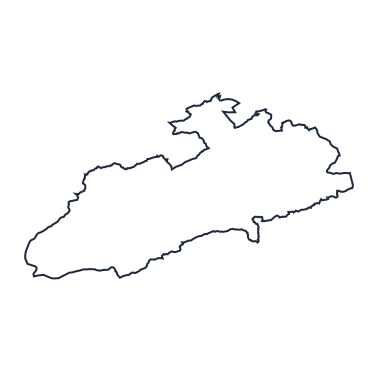 outline of Gicumbi, Northern, Rwanda, rotated 96°
{"feature_id": "39286606B99169436422336", "entity_name": "Gicumbi", "entity_type": "district", "adm_level": 2, "iso_a3": "RWA", "parent_name": "Rwanda", "parent_adm1": "Northern", "projection": "natural_earth1", "projection_center": [30.098, -1.619], "detail": "fine", "context": "isolated", "style": "outline", "palette": "slate", "viewbox_px": 384, "rotation_deg": 96, "n_neighbors": 0, "source": "geoboundaries", "source_scale": "gbopen_adm2", "svg_char_len": 6052}
<svg xmlns="http://www.w3.org/2000/svg" viewBox="0 0 384 384"><g transform="rotate(96 192 192)"><path d="M275.6,350.9L280.7,348.0L282.3,340.3L283.2,338.9L285.5,338.5L289.8,341.0L291.5,340.8L292.5,340.2L291.4,337.5L289.9,331.0L292.2,323.7L292.5,320.5L291.6,315.6L285.1,305.7L284.5,302.8L282.2,296.9L282.1,295.7L280.6,292.9L280.0,289.9L280.1,288.7L279.3,285.9L279.5,286.3L279.0,280.5L279.6,279.3L279.9,275.3L278.8,272.4L278.3,268.2L277.5,266.4L276.4,265.7L275.2,264.1L275.2,262.6L275.6,261.7L278.8,259.3L279.1,259.6L279.8,258.4L281.9,257.7L284.8,254.7L283.1,252.2L281.5,248.3L281.1,246.3L278.4,243.2L278.4,239.6L275.8,235.9L274.6,235.0L272.4,230.5L270.1,229.0L268.5,229.1L266.4,227.7L265.2,227.6L264.0,226.9L263.3,225.9L263.1,221.9L261.4,218.9L261.0,216.5L261.2,214.2L258.8,215.2L256.7,213.8L257.1,212.5L256.4,211.5L256.5,209.7L254.6,208.2L253.1,205.6L253.6,203.7L253.4,201.9L251.6,197.9L250.3,197.4L247.5,198.6L246.7,197.5L245.6,197.1L245.0,195.6L244.4,195.5L243.1,196.5L243.0,194.7L240.7,190.3L240.3,187.8L238.9,186.4L236.3,182.7L235.1,180.0L234.8,178.4L232.4,174.8L232.3,172.6L231.2,171.5L230.4,169.6L229.0,167.5L228.8,166.2L229.2,165.2L228.6,164.2L228.2,162.4L228.6,159.8L228.2,158.6L228.4,157.0L227.1,152.5L225.2,150.1L224.4,147.7L224.7,146.2L224.5,140.5L223.9,138.6L224.8,136.5L225.0,134.6L225.7,134.1L226.7,132.5L227.6,132.7L228.8,131.7L230.7,131.8L233.4,130.2L233.6,128.6L234.0,127.9L234.4,127.9L234.8,126.6L234.3,124.0L234.7,122.3L235.4,121.6L234.2,120.6L232.4,121.0L232.4,121.5L231.1,121.0L230.4,121.2L229.4,120.9L228.9,121.3L226.1,121.6L226.0,122.0L222.2,122.1L222.0,122.5L220.3,122.0L217.5,123.3L217.2,124.1L216.8,124.0L216.7,125.6L215.3,126.7L215.4,127.5L213.7,128.0L213.0,129.0L211.7,128.6L210.8,127.3L210.3,127.3L209.8,125.8L210.2,124.2L209.7,123.1L210.0,121.5L209.4,120.1L209.6,119.6L212.1,118.9L213.5,119.5L213.7,118.4L211.6,110.4L207.7,106.8L206.5,104.8L206.9,103.7L208.2,102.2L207.0,99.4L207.3,99.1L206.6,95.8L204.5,94.5L203.8,93.3L202.9,93.2L201.8,94.0L201.0,89.3L201.7,88.7L200.3,87.0L199.7,86.8L200.4,84.4L198.3,81.6L198.1,79.7L197.1,76.7L196.4,75.8L196.4,75.1L195.6,74.7L195.0,73.8L195.3,72.2L194.5,72.3L194.3,71.8L192.8,70.8L192.3,69.2L191.0,69.1L191.1,68.6L190.0,66.8L190.1,64.3L188.2,63.9L185.6,62.8L186.6,61.6L185.1,56.3L184.7,55.9L183.3,56.7L183.4,55.8L182.4,54.6L181.6,52.6L181.9,49.8L182.6,48.9L182.2,47.4L180.9,46.7L180.1,46.8L179.5,47.5L175.6,47.8L175.4,46.8L175.9,45.7L175.7,45.0L176.2,43.7L175.9,41.3L174.7,38.9L173.5,37.7L171.3,33.5L171.5,33.3L170.9,32.8L168.3,32.7L156.9,36.9L156.6,37.0L157.1,39.1L156.9,41.3L158.3,47.0L158.1,50.6L159.3,53.3L158.5,56.2L158.4,59.2L157.5,60.1L156.2,59.9L153.7,58.1L151.2,57.4L149.1,55.4L147.9,53.0L144.5,51.5L141.1,50.6L140.1,48.9L133.5,52.4L132.5,55.6L130.7,58.4L129.6,59.3L127.4,60.2L125.5,63.9L123.5,70.9L119.8,73.6L117.6,73.9L115.0,76.3L117.0,80.1L116.9,81.1L118.3,81.9L116.7,84.1L115.7,84.2L116.2,86.1L114.3,86.3L113.6,87.3L113.8,91.0L113.3,91.8L115.3,96.7L115.4,98.7L113.2,100.2L112.2,100.4L111.2,101.4L110.7,102.5L110.8,103.5L111.6,105.8L112.5,106.7L113.0,108.0L113.5,108.1L113.8,109.5L116.5,109.1L118.0,109.3L118.4,110.1L121.5,109.0L122.7,115.2L121.6,117.7L119.1,118.9L117.8,120.9L115.0,123.4L112.9,123.3L111.4,121.6L110.4,121.0L106.9,121.3L105.3,125.2L105.3,126.5L103.6,127.5L102.2,126.9L102.1,127.9L103.9,131.4L104.3,133.2L105.1,134.5L105.1,136.4L107.2,137.1L107.7,133.9L108.9,134.9L108.9,137.1L109.8,139.1L110.4,139.2L111.5,140.3L113.0,140.4L114.6,144.0L116.0,144.6L117.0,146.1L119.3,148.1L122.2,152.2L124.0,156.8L123.3,156.1L122.6,156.7L120.0,156.9L117.0,161.2L108.9,169.3L109.0,164.5L108.2,157.4L103.8,160.6L98.7,154.4L96.9,158.2L95.8,162.1L95.9,166.4L96.9,170.2L98.1,172.5L97.9,173.8L96.2,175.4L94.7,174.2L93.7,174.1L94.2,174.9L94.5,176.8L91.5,175.6L91.8,176.4L95.7,181.7L97.8,182.7L98.9,182.6L99.9,183.7L100.1,185.4L101.0,186.6L100.3,187.4L100.2,188.9L102.7,190.6L103.1,190.5L103.7,191.7L105.2,193.0L106.0,197.8L105.7,198.8L108.4,203.9L110.0,206.1L111.6,205.6L112.5,206.0L112.8,205.0L112.6,204.1L114.1,203.1L114.9,201.3L117.5,202.1L118.4,203.7L119.3,204.2L120.2,206.1L121.8,207.5L122.6,212.5L123.6,214.6L123.5,216.4L124.4,218.8L125.3,219.9L125.4,221.7L127.0,219.7L129.9,214.9L131.8,216.0L132.8,216.0L133.0,215.7L134.0,216.7L135.9,217.1L136.4,216.7L135.9,213.5L135.0,212.8L135.3,211.6L133.4,208.7L133.8,204.1L133.3,202.9L133.9,201.9L133.9,200.5L132.1,196.2L131.8,194.5L133.0,192.2L137.2,190.1L137.5,188.0L139.1,186.0L140.7,185.5L142.1,184.6L142.4,183.5L145.0,182.3L146.7,180.0L149.2,184.8L150.3,185.2L150.5,186.3L151.4,186.7L151.8,187.7L154.1,188.9L155.1,190.2L157.9,191.4L159.1,194.8L163.2,202.3L165.8,204.7L168.6,210.6L171.7,214.4L168.9,215.2L166.3,217.6L165.0,219.6L163.8,220.3L162.1,219.9L162.2,220.9L163.0,221.5L162.3,221.9L161.0,223.9L159.0,224.9L158.8,227.0L160.3,228.7L160.5,229.3L159.6,230.4L160.8,230.8L160.8,231.5L162.0,234.8L163.5,237.7L163.9,239.8L165.8,240.4L166.3,242.1L167.6,243.5L167.9,244.6L169.2,246.5L169.8,249.7L170.5,249.9L171.2,251.1L173.0,252.3L173.7,254.2L174.4,255.1L174.7,256.9L175.1,257.3L175.0,258.7L176.0,259.2L176.3,260.6L175.9,260.9L175.8,262.3L174.8,263.1L174.9,264.2L174.3,265.2L173.5,265.4L172.1,266.9L172.1,269.6L171.5,271.4L171.6,272.6L173.0,274.1L173.5,274.3L174.2,275.3L174.0,275.8L175.0,276.8L175.2,279.3L176.3,280.8L176.7,283.3L177.7,284.7L177.4,286.1L176.5,287.4L176.6,288.3L177.1,289.0L178.0,289.1L178.7,289.7L178.8,290.8L180.6,292.1L181.1,293.6L180.9,294.0L182.3,295.6L182.3,296.3L183.8,297.5L184.8,297.6L185.4,298.4L185.6,299.7L185.9,299.3L186.0,299.7L186.3,299.4L187.2,300.2L189.6,300.1L189.6,300.5L194.1,301.5L194.8,301.4L196.0,299.3L197.1,298.8L199.7,298.5L201.0,299.3L202.0,299.2L204.2,303.2L206.0,304.5L206.0,307.5L206.7,306.4L209.2,304.6L211.8,305.3L214.1,312.7L215.1,313.7L217.5,313.1L219.3,313.5L220.5,313.3L222.8,311.8L224.8,312.4L226.5,313.8L227.7,315.6L230.1,316.9L230.9,319.2L232.0,320.5L235.7,322.6L239.3,327.5L240.6,328.2L241.8,331.0L244.7,333.7L247.7,337.8L248.8,340.4L250.4,341.8L254.7,343.7L257.2,347.5L259.0,348.4L268.2,351.0L272.0,351.3L275.6,350.9Z" fill="none" stroke="#1e293b" stroke-width="2"/></g></svg>